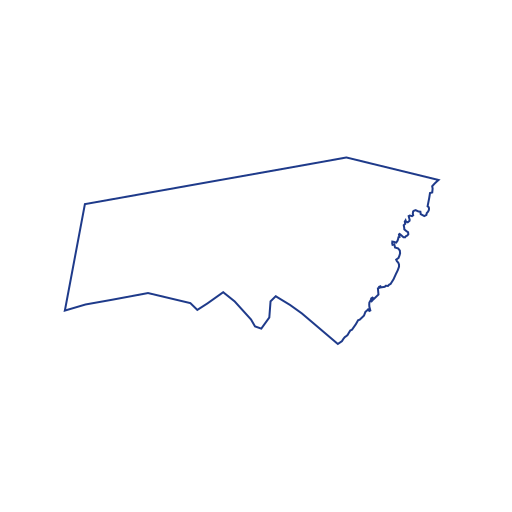 Negerubesang, Melekeok, Palau (Albers equal-area conic projection), rotated 338°
{"feature_id": "81905179B88331309358666", "entity_name": "Negerubesang", "entity_type": "district", "adm_level": 2, "iso_a3": "PLW", "parent_name": "Palau", "parent_adm1": "Melekeok", "projection": "albers", "projection_center": [134.627, 7.491], "detail": "fine", "context": "isolated", "style": "outline", "palette": "blue", "viewbox_px": 512, "rotation_deg": 338, "n_neighbors": 0, "source": "geoboundaries", "source_scale": "gbopen_adm2", "svg_char_len": 1771}
<svg xmlns="http://www.w3.org/2000/svg" viewBox="0 0 512 512"><g transform="rotate(338 256 256)"><path d="M344.1,191.7L116.8,143.8L59.3,233.5L58.3,235.0L79.8,237.1L106.4,242.7L142.0,249.9L177.5,275.1L181.4,284.0L193.1,281.8L212.0,277.3L219.2,290.1L227.6,313.0L228.7,320.9L233.7,325.3L245.3,318.0L252.5,303.5L259.2,300.7L269.2,314.1L277.0,326.4L298.9,368.2L300.9,367.8L303.7,367.2L306.1,365.5L307.9,364.5L310.1,364.0L311.6,363.4L312.5,362.6L315.5,360.4L317.4,360.3L323.1,356.6L326.6,353.8L328.3,353.9L331.6,352.6L333.8,351.7L336.5,348.8L338.8,348.0L339.9,347.5L340.5,349.4L341.6,349.3L342.1,345.5L342.8,343.4L343.7,341.6L345.6,340.1L346.2,341.3L347.8,340.5L347.1,338.5L348.4,338.2L349.4,339.9L355.1,337.6L356.9,331.7L358.5,331.7L358.7,330.7L360.0,330.7L360.1,331.9L363.8,332.8L365.2,332.2L367.1,333.2L368.9,332.4L370.2,332.4L374.8,329.1L379.2,324.9L382.1,322.3L384.6,319.5L385.4,317.5L385.4,315.4L384.7,313.6L384.6,311.9L387.4,311.2L389.2,309.3L390.6,307.5L391.4,304.8L390.6,302.2L388.1,300.2L388.6,297.0L386.8,296.8L387.0,295.3L387.8,293.7L389.2,294.6L391.0,296.1L392.9,294.9L394.1,293.5L395.1,292.0L396.2,292.1L396.6,289.6L397.4,289.3L398.0,290.3L399.8,293.9L401.2,294.5L402.4,293.8L404.0,293.7L405.4,292.9L405.9,290.9L404.9,289.5L403.5,286.9L404.0,285.3L404.5,282.8L406.5,282.0L406.8,279.9L408.0,279.0L407.9,280.3L409.3,281.6L411.5,280.9L412.0,280.1L412.5,276.2L413.8,276.1L415.6,277.5L417.0,277.1L417.2,275.6L418.4,273.5L419.6,273.2L421.2,273.3L423.2,275.5L425.0,276.5L424.4,278.9L427.0,282.0L429.3,281.8L430.4,280.2L432.2,279.3L433.6,278.0L434.3,276.5L434.4,275.4L433.7,274.2L438.2,267.3L439.6,265.0L440.9,262.8L443.2,263.1L445.0,259.7L445.5,257.3L448.6,255.8L451.4,254.7L453.7,253.9L376.7,198.5L344.1,191.7Z" fill="none" stroke="#1e3a8a" stroke-width="2"/></g></svg>